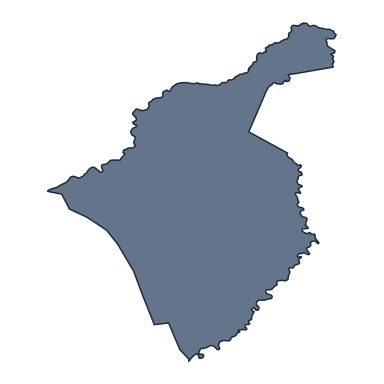 the district of Zu'unburen, Selenge, Mongolia
{"feature_id": "93677404B25826466624869", "entity_name": "Zu'unburen", "entity_type": "district", "adm_level": 2, "iso_a3": "MNG", "parent_name": "Mongolia", "parent_adm1": "Selenge", "projection": "robinson", "projection_center": [106.008, 49.971], "detail": "fine", "context": "isolated", "style": "filled", "palette": "slate", "viewbox_px": 384, "rotation_deg": 0, "n_neighbors": 0, "source": "geoboundaries", "source_scale": "gbopen_adm2", "svg_char_len": 5941}
<svg xmlns="http://www.w3.org/2000/svg" viewBox="0 0 384 384"><path d="M47.9,190.5L47.9,191.4L61.7,194.1L69.5,209.1L87.1,217.3L106.5,230.1L117.7,244.2L133.6,271.1L143.2,296.8L154.3,324.6L168.6,323.0L179.9,349.6L188.9,359.3L188.9,361.0L189.9,360.2L190.6,358.8L193.8,355.6L195.3,354.4L196.1,354.2L197.4,354.4L198.6,355.3L198.9,357.7L199.7,358.3L201.6,358.2L202.9,357.4L203.7,356.2L203.4,354.7L202.3,354.2L200.0,354.1L198.6,353.3L198.7,352.4L200.1,349.7L201.0,348.5L204.1,348.4L207.3,347.2L210.0,345.7L211.5,345.5L214.1,346.4L217.2,349.5L218.5,349.7L219.5,349.3L219.5,347.9L218.3,345.5L218.4,344.9L219.2,343.9L219.5,341.9L219.9,341.6L223.7,340.5L228.8,340.9L230.7,339.6L230.9,337.9L232.4,337.0L234.9,336.1L235.7,335.5L237.0,333.5L238.3,332.6L239.6,332.1L239.7,331.6L238.1,330.8L238.5,330.1L242.7,329.5L245.8,329.9L246.6,329.4L246.8,328.5L245.1,326.9L244.9,326.3L245.0,325.4L245.9,324.7L249.3,324.4L249.6,323.5L248.5,321.8L248.5,321.1L249.1,320.5L250.7,320.0L251.7,319.1L251.6,316.1L252.5,315.0L253.1,313.4L254.1,311.8L251.7,310.3L251.7,309.4L253.0,308.1L254.2,308.0L255.3,308.5L255.3,309.5L255.9,310.0L257.4,310.3L258.4,309.8L258.9,308.7L258.8,307.0L257.0,305.4L256.3,304.0L256.4,302.7L256.9,301.8L258.3,300.4L259.0,300.1L264.3,300.2L267.1,299.3L271.5,298.4L272.1,297.6L272.0,296.1L271.0,295.1L267.0,293.8L265.7,292.1L265.7,290.8L266.2,290.1L267.1,289.7L270.8,289.7L272.0,289.2L274.0,286.8L276.8,285.0L277.1,284.0L276.6,282.6L276.6,281.9L277.6,281.0L281.5,280.3L285.0,280.8L286.8,280.2L288.0,279.2L288.3,276.3L289.9,272.3L289.6,271.0L288.7,269.4L288.8,268.5L290.1,267.8L292.7,268.0L293.5,267.3L295.0,265.1L298.5,264.0L299.5,263.0L299.4,262.1L298.6,260.3L298.7,259.8L298.9,259.3L301.5,257.1L301.2,256.7L298.0,257.1L297.4,256.5L297.6,255.3L298.9,253.7L302.0,253.5L303.4,252.9L304.3,252.9L307.6,254.5L308.9,254.5L309.6,253.8L309.5,253.3L307.4,250.6L306.5,248.8L306.6,248.4L307.0,247.8L309.0,247.1L310.2,246.2L310.9,244.9L310.4,243.0L310.6,242.6L311.7,241.5L313.7,240.9L315.7,241.5L317.7,243.5L318.4,243.6L318.8,243.3L318.7,242.5L315.4,238.4L315.1,237.5L315.1,235.0L314.3,234.1L311.3,234.2L310.5,233.1L309.8,232.6L309.0,232.7L307.2,233.6L306.3,233.5L303.7,232.3L302.5,231.2L302.2,230.3L302.1,229.6L302.7,228.9L307.5,228.5L308.2,228.0L308.0,227.3L305.7,225.9L306.1,225.1L305.4,224.6L306.3,221.6L306.2,220.7L306.9,220.0L307.1,218.8L305.9,217.5L303.0,217.0L302.2,216.5L300.2,213.8L300.4,213.2L300.2,211.7L301.2,211.0L303.7,210.0L303.8,209.4L303.2,208.4L302.3,207.9L298.8,207.0L297.4,205.6L297.2,204.2L298.9,202.2L298.9,201.8L298.0,200.8L297.7,198.7L296.7,196.4L295.3,194.4L295.4,193.3L296.5,192.7L297.9,192.7L299.7,193.4L300.4,193.2L300.5,192.6L298.4,189.4L298.3,188.9L299.6,187.6L302.1,186.6L302.0,185.9L300.6,185.1L298.2,184.5L297.1,181.8L297.1,180.6L298.3,178.6L298.1,177.1L298.2,176.7L299.6,175.5L302.0,174.9L301.9,173.4L301.3,172.4L300.8,171.9L299.9,171.6L299.0,171.7L298.6,171.2L298.1,169.8L298.9,168.7L300.6,167.5L301.1,166.7L301.3,165.4L300.8,165.0L298.7,165.2L297.4,164.9L296.4,163.8L295.0,163.1L293.5,161.9L292.4,159.6L288.4,157.3L287.4,155.9L286.9,154.5L287.4,153.0L248.8,131.9L266.5,90.5L269.5,85.7L270.4,85.6L271.9,84.7L272.8,83.2L274.5,82.6L276.2,83.7L280.9,84.2L282.7,83.6L283.1,83.2L282.9,81.9L284.5,81.4L285.0,80.3L286.1,80.3L286.0,81.2L286.4,81.6L288.6,81.1L289.4,80.3L290.0,77.9L288.8,75.9L288.4,74.6L295.0,73.7L333.1,67.1L333.1,66.0L332.2,64.0L333.4,62.8L333.9,61.9L333.4,59.9L332.5,58.8L333.5,56.9L333.1,55.9L331.7,55.2L330.8,54.3L330.9,54.0L334.0,53.3L334.3,53.1L335.0,50.8L328.2,46.5L327.4,45.7L326.9,44.6L327.0,42.4L325.9,39.9L326.7,39.0L327.9,38.5L331.7,38.9L333.9,38.6L334.8,37.6L336.1,34.8L334.5,33.4L333.9,32.5L333.6,31.1L331.3,30.3L329.3,29.2L326.3,29.4L322.4,28.3L319.7,28.0L317.0,26.9L315.3,25.7L314.1,25.5L313.2,25.4L310.8,26.2L309.1,26.0L306.8,23.4L303.5,23.0L302.9,23.7L301.9,23.5L299.8,25.2L298.2,26.0L294.1,25.4L293.0,25.4L292.3,25.7L291.8,26.3L291.0,27.9L291.6,30.2L291.4,31.5L288.8,33.3L288.6,34.5L288.9,36.5L287.0,39.0L284.3,39.6L280.8,41.4L280.1,42.2L278.9,42.8L277.7,43.0L275.0,42.7L274.3,43.1L272.1,44.9L270.1,45.0L268.8,45.4L268.1,46.9L266.0,47.5L265.6,47.9L265.5,49.2L266.4,50.6L266.3,51.4L264.5,51.9L262.3,53.7L260.5,52.9L259.4,52.9L258.0,53.8L257.3,54.7L256.6,56.6L256.7,60.8L255.6,61.8L253.6,62.2L252.9,63.2L252.5,65.0L251.0,65.7L250.5,67.3L249.6,67.4L249.0,67.9L248.8,68.6L249.2,69.5L248.5,69.6L248.2,70.1L248.6,71.5L247.2,72.5L245.8,73.0L244.2,73.1L242.7,74.2L239.8,74.2L239.2,74.8L235.0,77.1L234.4,78.3L232.3,79.7L231.2,80.0L229.3,79.8L228.0,80.4L226.8,82.3L226.3,82.6L222.4,82.5L221.7,82.8L220.7,84.1L217.5,85.6L215.0,85.0L211.8,85.2L206.2,84.2L204.5,84.3L201.5,83.8L199.6,84.0L198.1,82.9L193.5,83.7L191.1,83.3L189.3,83.4L187.2,82.5L185.7,82.7L184.1,82.6L179.9,83.0L176.7,83.8L173.6,86.2L172.8,86.4L171.6,88.0L170.4,90.4L169.9,91.0L168.3,91.2L167.4,90.3L166.7,90.2L163.7,91.4L162.6,93.0L162.6,93.9L163.1,94.7L162.8,96.2L161.9,97.3L155.1,98.4L153.4,99.1L150.6,101.8L149.4,102.1L148.8,102.9L148.7,104.1L149.4,106.1L147.1,109.3L146.4,109.7L142.2,110.8L141.1,110.0L139.9,110.2L137.2,108.9L135.7,109.5L133.2,112.4L132.8,113.2L132.8,114.4L136.1,117.9L136.4,119.6L135.9,120.5L132.7,122.4L133.4,122.8L133.5,124.1L135.6,124.9L136.4,125.6L136.5,126.4L135.6,127.2L133.5,127.9L132.6,128.5L132.1,129.0L131.7,130.2L130.7,131.4L130.6,131.8L131.8,134.9L135.3,136.9L134.9,138.9L133.7,142.6L134.0,143.9L135.3,145.4L135.4,145.8L133.1,148.0L128.2,148.0L127.6,148.3L127.2,149.0L124.4,149.8L123.5,150.3L123.1,152.8L123.7,153.3L124.4,153.2L124.8,154.3L121.1,158.3L120.0,160.1L112.3,160.1L110.3,160.5L107.1,163.7L106.0,164.1L102.9,164.5L102.0,165.1L101.6,165.6L101.5,166.5L101.7,167.7L102.8,170.1L102.8,170.8L101.4,172.2L100.0,172.0L97.1,169.4L93.8,167.1L91.6,167.5L90.0,168.4L87.4,171.3L87.0,172.5L84.0,174.9L83.4,175.8L82.6,176.5L79.3,178.0L77.4,177.8L76.2,177.1L73.7,176.3L71.4,176.7L70.6,177.1L67.8,180.7L65.7,182.6L60.0,185.3L57.2,187.2L50.0,189.4L47.9,190.5Z" fill="#64748b" stroke="#1e293b" stroke-width="1.5"/></svg>